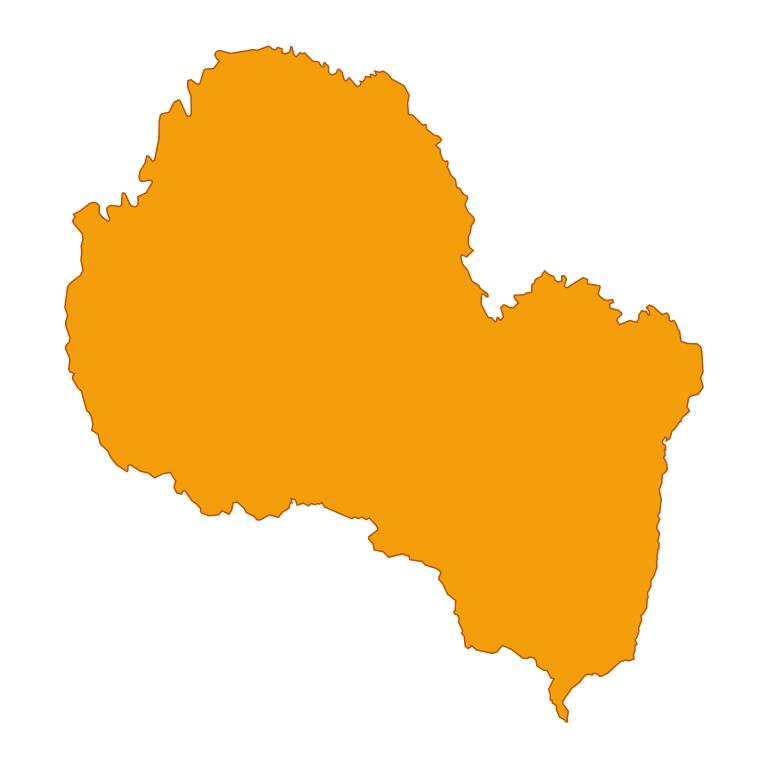 Tayateyaneng, Berea, Lesotho (Mercator projection)
{"feature_id": "5366337B60059477935755", "entity_name": "Tayateyaneng", "entity_type": "district", "adm_level": 2, "iso_a3": "LSO", "parent_name": "Lesotho", "parent_adm1": "Berea", "projection": "mercator", "projection_center": [27.766, -29.144], "detail": "fine", "context": "isolated", "style": "filled", "palette": "amber", "viewbox_px": 768, "rotation_deg": 0, "n_neighbors": 0, "source": "geoboundaries", "source_scale": "gbopen_adm2", "svg_char_len": 6019}
<svg xmlns="http://www.w3.org/2000/svg" viewBox="0 0 768 768"><path d="M681.2,421.4L680.6,420.5L682.6,417.2L689.5,411.1L687.0,406.6L688.6,398.7L690.1,396.3L698.3,394.0L703.1,387.2L700.6,377.5L703.0,372.4L701.8,352.3L701.0,347.3L697.3,343.9L687.4,343.5L681.0,341.2L679.6,331.2L677.9,329.2L676.2,323.9L673.8,320.3L671.3,321.5L669.2,320.1L669.0,315.5L666.7,313.0L662.1,314.6L653.3,306.7L649.3,305.0L646.4,307.6L649.1,310.7L649.7,315.0L648.4,315.1L646.2,311.5L641.6,310.8L638.9,315.0L638.8,318.5L636.7,322.3L629.8,320.5L619.6,324.6L616.9,320.7L617.7,318.2L621.8,314.6L621.5,313.1L618.3,310.2L610.2,308.3L609.4,304.2L613.6,302.2L612.7,299.6L606.9,300.5L604.0,299.6L599.7,296.2L598.2,293.9L600.2,286.6L599.1,285.7L587.6,283.8L587.5,279.4L583.1,277.6L567.4,287.5L565.6,287.4L564.4,285.8L566.6,279.1L564.4,276.0L561.8,275.9L561.7,281.1L557.6,282.0L554.8,279.9L553.7,276.4L548.8,274.6L544.7,271.0L542.4,273.7L542.1,275.9L535.6,279.4L533.9,283.5L532.0,284.5L531.6,292.4L526.2,293.1L524.1,294.7L514.3,295.3L514.3,297.6L518.3,302.9L513.4,307.7L510.1,307.7L504.0,304.8L500.8,307.6L503.4,316.8L500.9,320.1L499.5,319.9L498.7,317.8L497.3,317.4L496.3,321.3L494.9,321.7L491.8,317.9L488.2,317.5L481.1,304.4L481.6,294.6L483.7,293.8L486.5,297.0L488.1,296.5L488.1,295.5L486.9,293.1L480.5,288.8L478.8,285.6L471.9,281.1L467.6,270.3L462.5,264.0L460.7,256.4L461.8,254.8L466.6,256.9L473.3,250.5L469.8,247.6L468.6,244.8L468.2,237.0L470.2,232.9L471.2,226.2L474.6,220.3L473.3,217.0L468.2,212.1L464.8,204.8L467.6,198.4L467.4,196.4L462.8,193.7L459.8,188.4L456.7,187.5L455.3,179.4L451.1,175.4L447.4,167.0L448.1,162.4L447.0,160.9L445.3,161.5L442.7,159.7L440.3,153.3L440.1,149.3L435.7,145.1L440.1,141.9L441.4,139.3L438.4,136.2L434.1,135.1L426.6,129.1L426.1,124.7L422.3,124.9L412.9,115.2L408.6,114.4L407.5,103.6L409.1,95.3L404.0,85.7L391.6,79.0L388.9,75.2L384.4,71.7L382.5,71.1L380.0,72.4L374.7,71.1L376.5,74.7L375.7,75.9L370.9,74.1L370.2,75.0L370.7,77.3L365.5,76.5L365.5,78.0L363.0,81.7L360.2,81.3L360.9,83.8L360.3,85.3L356.9,86.6L349.3,77.7L346.0,81.0L344.1,79.6L342.1,72.4L339.5,69.5L338.0,69.4L335.7,73.7L331.3,75.1L328.6,72.6L328.5,66.5L324.9,62.8L323.7,63.2L324.0,66.6L321.5,66.4L318.4,61.8L312.8,61.2L304.6,52.8L302.3,53.9L300.0,52.6L296.3,56.9L295.2,56.3L293.6,54.3L291.9,47.0L290.9,46.7L289.6,52.1L285.3,54.0L282.2,52.7L282.0,48.8L277.6,47.4L275.9,49.7L274.0,49.8L268.4,46.1L257.6,50.3L252.7,49.7L230.7,53.5L219.8,50.5L217.3,51.1L215.5,52.8L214.9,55.1L216.6,58.6L219.4,61.1L213.5,68.7L205.6,69.1L203.9,70.4L199.8,83.7L197.2,84.3L190.8,79.6L187.8,81.0L187.6,86.8L191.0,96.5L191.3,113.6L190.6,115.7L188.0,116.5L186.4,114.9L180.0,100.5L178.4,99.9L174.1,102.3L169.2,112.2L161.8,113.9L160.3,115.3L159.3,121.2L158.9,139.0L154.6,160.2L152.4,161.4L149.4,156.8L146.7,156.0L145.4,162.5L140.2,170.8L139.0,176.6L139.7,180.2L141.5,181.5L150.0,180.2L151.7,180.5L152.4,182.3L145.9,193.1L137.7,196.8L138.2,202.5L137.5,205.4L135.7,206.7L132.6,206.4L130.2,204.7L125.0,193.5L123.3,192.9L122.1,193.8L121.6,204.6L120.9,205.7L119.3,206.5L111.5,205.4L108.3,206.4L106.7,208.4L107.1,212.5L109.8,218.9L109.3,220.5L107.9,221.2L102.3,217.2L99.1,212.9L99.4,205.7L96.4,203.0L94.1,202.3L89.7,203.5L80.2,210.9L73.5,214.3L75.1,216.8L72.7,220.7L73.4,223.2L82.2,233.6L83.0,239.0L81.1,246.6L81.8,250.7L81.0,260.5L83.1,270.4L80.3,275.5L70.4,282.9L67.6,287.0L64.9,307.5L67.7,315.4L65.7,321.8L65.7,325.4L70.1,338.2L69.4,341.7L66.1,345.6L65.5,348.4L69.4,357.4L69.9,361.0L68.7,368.8L69.8,371.8L74.7,373.8L72.7,376.0L72.7,379.2L78.3,388.3L81.3,391.1L86.8,410.7L89.2,412.7L91.7,417.4L92.9,424.2L91.8,430.3L98.1,434.4L100.1,443.6L108.0,451.3L110.7,457.4L116.6,464.8L126.9,471.5L127.8,470.8L128.0,465.5L130.6,464.9L140.0,471.0L148.8,473.2L154.5,477.8L163.0,473.8L170.2,472.5L175.7,481.1L174.0,487.3L176.8,492.9L181.6,494.2L182.7,491.1L185.0,490.8L192.2,501.1L196.0,503.6L200.7,508.6L200.5,511.2L201.6,513.0L208.9,515.7L218.4,514.8L222.2,510.7L229.0,514.3L231.7,510.0L233.1,502.8L237.3,502.2L244.2,508.3L246.3,512.5L254.1,516.2L256.9,519.8L259.9,520.0L269.7,514.8L278.4,517.4L282.2,512.4L289.4,507.7L289.5,504.8L290.6,502.9L292.0,502.9L291.0,498.5L295.3,499.7L297.3,505.2L303.2,503.1L308.5,505.9L311.3,503.5L315.3,504.8L317.6,503.5L319.7,504.1L322.0,502.5L324.7,507.1L351.9,518.7L354.9,516.8L358.2,518.7L361.7,517.0L366.2,519.6L369.5,518.1L376.8,526.3L378.0,529.7L368.6,536.8L368.8,539.3L373.0,543.9L374.3,550.0L383.0,551.6L388.7,557.3L403.1,553.7L405.4,555.5L408.7,555.7L410.0,559.7L421.9,561.4L425.5,565.1L435.7,568.2L439.3,570.4L441.0,573.1L438.8,577.5L438.9,579.4L443.0,584.1L447.5,594.1L455.6,600.5L455.3,610.4L453.8,612.3L454.7,614.0L457.3,615.0L459.2,618.1L458.5,622.0L462.7,630.6L461.6,633.4L464.3,636.5L465.2,646.1L467.7,648.5L470.5,647.1L470.7,645.8L472.0,646.0L476.5,650.0L491.9,653.3L496.8,652.1L501.8,646.0L503.5,645.9L511.9,649.6L522.6,658.1L527.6,658.6L530.2,656.9L533.7,657.9L535.9,660.3L537.1,666.1L543.6,670.3L547.1,670.5L551.0,678.2L553.9,678.7L548.6,689.3L550.2,694.1L550.3,700.0L551.7,700.2L552.5,703.0L556.6,705.9L556.4,709.5L559.6,717.2L564.3,719.7L566.0,721.9L567.5,721.7L567.1,719.5L568.3,711.3L562.8,703.6L563.0,701.0L571.4,688.6L579.9,682.0L583.3,677.2L587.3,674.1L592.4,675.0L593.6,673.4L597.0,673.8L599.9,676.4L602.2,675.9L607.8,673.1L619.7,662.2L625.6,660.0L628.4,660.9L634.1,659.1L633.4,654.8L635.1,650.3L634.8,646.9L635.1,645.6L637.0,644.5L635.1,639.6L636.9,637.5L638.9,631.1L638.7,628.1L641.7,620.1L640.9,615.5L642.7,614.3L646.7,608.1L647.1,599.2L648.1,597.6L647.5,592.9L650.7,586.7L651.0,580.4L653.4,577.0L656.9,567.6L656.6,560.9L657.5,559.4L656.8,555.8L658.0,552.0L657.5,549.9L658.9,548.8L659.2,543.5L657.7,541.0L659.3,535.0L659.2,532.6L656.8,528.5L656.9,525.7L659.8,519.2L657.6,515.9L658.3,513.8L659.7,512.9L661.2,499.6L659.2,489.5L661.8,483.0L662.3,474.6L665.4,472.3L667.3,469.3L666.7,463.4L663.6,457.4L665.3,455.0L664.4,450.5L664.7,449.4L665.6,449.9L665.7,447.0L665.2,445.2L663.0,444.2L662.4,440.8L665.4,437.2L667.0,438.4L666.3,440.7L669.7,438.8L672.1,430.8L674.7,428.9L679.8,421.6L681.2,421.4Z" fill="#f59e0b" stroke="#b45309" stroke-width="1.5"/></svg>